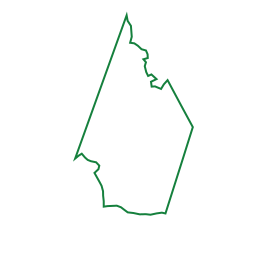 the district of Ruy Barbosa, Rio Grande do Norte, Brazil, rotated 233°
{"feature_id": "56859067B51255119987795", "entity_name": "Ruy Barbosa", "entity_type": "district", "adm_level": 2, "iso_a3": "BRA", "parent_name": "Brazil", "parent_adm1": "Rio Grande do Norte", "projection": "albers", "projection_center": [-35.934, -5.854], "detail": "fine", "context": "isolated", "style": "outline", "palette": "green", "viewbox_px": 256, "rotation_deg": 233, "n_neighbors": 0, "source": "geoboundaries", "source_scale": "gbopen_adm2", "svg_char_len": 793}
<svg xmlns="http://www.w3.org/2000/svg" viewBox="0 0 256 256"><g transform="rotate(233 128 128)"><path d="M218.8,194.7L135.4,67.4L135.6,72.1L135.3,75.6L130.3,75.9L126.8,76.6L123.8,78.4L119.8,81.9L115.2,82.4L112.9,79.6L112.3,74.2L102.1,72.8L97.7,72.1L92.5,70.0L88.9,67.4L84.2,64.6L79.8,61.3L77.9,64.7L72.7,72.3L68.9,74.7L64.9,75.8L60.8,77.0L56.8,81.2L52.0,85.4L48.5,90.3L45.2,93.8L42.6,99.4L40.0,104.1L37.2,106.5L71.0,154.1L89.7,180.3L114.8,184.1L142.4,188.4L141.3,182.9L139.3,177.9L145.0,174.6L146.8,171.8L151.1,174.2L149.9,180.2L156.7,178.9L157.5,175.4L161.6,176.2L167.3,178.6L169.7,181.9L173.6,181.7L172.0,185.9L175.1,188.0L179.1,189.0L182.8,186.2L187.7,185.4L191.8,184.0L194.8,181.0L198.6,185.9L207.8,191.8L213.8,192.2L218.8,194.7Z" fill="none" stroke="#15803d" stroke-width="2"/></g></svg>